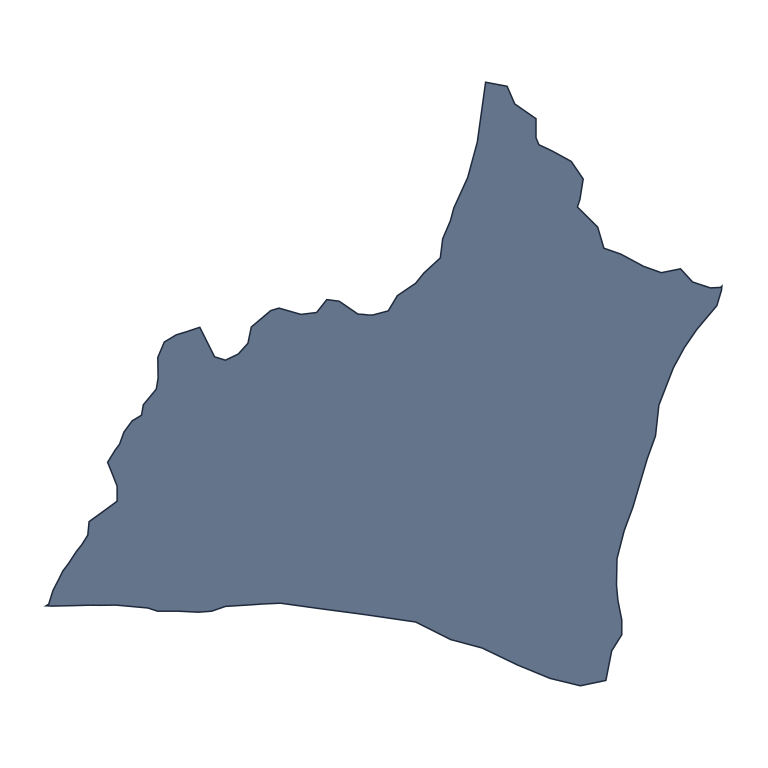 outline of Perivolia Larnakas, Larnaca, Cyprus
{"feature_id": "46923920B78276374630507", "entity_name": "Perivolia Larnakas", "entity_type": "district", "adm_level": 2, "iso_a3": "CYP", "parent_name": "Cyprus", "parent_adm1": "Larnaca", "projection": "natural_earth1", "projection_center": [33.587, 34.833], "detail": "fine", "context": "isolated", "style": "filled", "palette": "slate", "viewbox_px": 768, "rotation_deg": 0, "n_neighbors": 0, "source": "geoboundaries", "source_scale": "gbopen_adm2", "svg_char_len": 1496}
<svg xmlns="http://www.w3.org/2000/svg" viewBox="0 0 768 768"><path d="M485.6,82.2L477.3,142.1L467.7,177.5L453.8,208.0L450.5,220.5L442.7,238.7L440.3,257.9L423.9,273.0L415.6,283.3L397.4,295.6L388.2,310.9L372.8,315.0L368.4,315.0L363.2,314.4L358.0,314.1L339.1,301.2L326.8,299.6L316.6,312.5L300.9,314.4L279.0,308.1L270.7,310.6L251.3,327.0L247.9,343.3L238.3,354.0L225.4,360.2L214.6,356.8L199.8,327.3L185.6,332.0L176.3,334.8L164.3,342.0L157.8,357.4L158.1,378.1L156.3,389.1L143.3,404.8L141.5,415.2L132.2,420.8L123.9,432.1L119.6,444.1L115.0,450.3L107.6,462.3L111.9,472.9L117.1,486.1L117.1,501.2L103.9,510.9L89.1,521.6L87.8,535.1L81.7,544.8L76.4,551.4L68.4,563.7L62.9,570.9L59.2,578.4L53.0,590.4L48.7,604.2L46.1,605.8L52.6,606.1L74.8,605.6L89.7,605.2L100.3,605.3L116.0,605.1L127.1,606.1L147.9,608.0L157.6,611.2L178.3,611.2L198.4,612.2L211.7,611.2L225.5,606.4L251.5,604.8L262.6,604.0L280.5,603.2L320.2,608.7L361.1,614.1L415.6,622.0L450.7,639.6L482.1,648.0L517.7,665.1L550.0,678.4L580.4,685.8L605.9,680.4L611.7,650.9L621.8,634.7L621.8,620.0L617.9,600.4L616.5,585.2L617.0,558.7L624.2,530.7L632.9,507.2L647.3,458.6L655.5,436.0L658.9,405.1L673.4,367.8L684.5,347.4L696.8,329.5L716.9,305.6L721.5,290.2L721.9,286.1L720.5,287.4L710.4,287.9L692.6,282.0L680.5,268.8L661.3,272.7L643.5,266.3L620.8,254.1L603.9,248.2L597.7,227.1L577.4,207.0L579.9,199.6L583.2,179.0L571.2,161.4L552.4,151.1L538.9,144.7L536.0,137.8L536.0,118.7L514.8,104.0L507.1,86.3L485.6,82.2Z" fill="#64748b" stroke="#1e293b" stroke-width="1.5"/></svg>